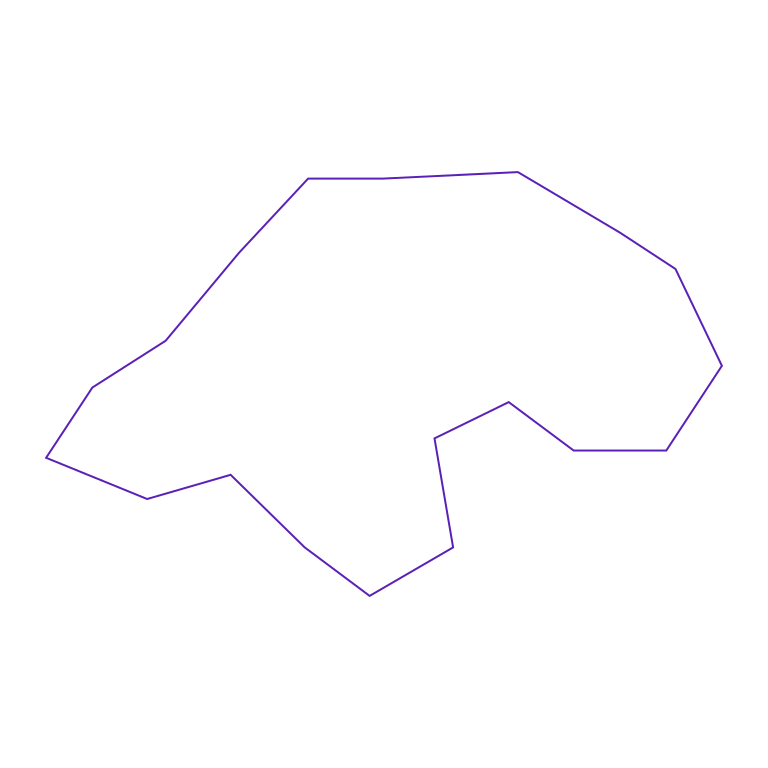 map outline of Novo Brdo (Equal Earth projection)
{"feature_id": "KOS-5906", "entity_name": "Novo Brdo", "entity_type": "District", "adm_level": 1, "iso_a3": "XKX", "parent_name": "Kosovo", "parent_adm1": "", "projection": "equal_earth", "projection_center": [21.392, 42.572], "detail": "fine", "context": "isolated", "style": "outline", "palette": "violet", "viewbox_px": 768, "rotation_deg": 0, "n_neighbors": 0, "source": "natural_earth", "source_scale": "10m", "svg_char_len": 365}
<svg xmlns="http://www.w3.org/2000/svg" viewBox="0 0 768 768"><path d="M573.6,450.5L508.7,402.1L434.5,438.4L453.1,547.4L369.6,595.9L304.7,547.4L230.6,474.8L147.1,499.0L46.1,457.8L92.4,387.5L165.7,340.7L239.0,252.8L308.1,178.6L382.8,178.6L517.9,172.1L619.9,232.6L675.5,269.0L721.9,365.8L666.3,450.5L573.6,450.5Z" fill="none" stroke="#5b21b6" stroke-width="2"/></svg>